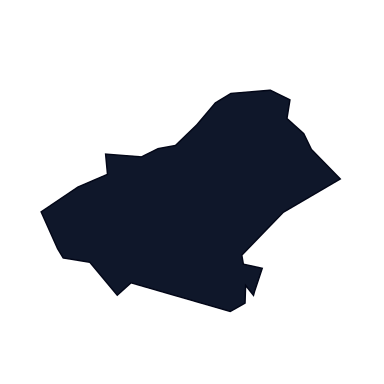 Warren, Virginia, United States of America, rotated 201°
{"feature_id": "52423323B32478204378840", "entity_name": "Warren", "entity_type": "district", "adm_level": 2, "iso_a3": "USA", "parent_name": "United States of America", "parent_adm1": "Virginia", "projection": "mercator", "projection_center": [-78.212, 38.897], "detail": "fine", "context": "isolated", "style": "filled", "palette": "ink", "viewbox_px": 384, "rotation_deg": 201, "n_neighbors": 0, "source": "geoboundaries", "source_scale": "gbopen_adm2", "svg_char_len": 531}
<svg xmlns="http://www.w3.org/2000/svg" viewBox="0 0 384 384"><g transform="rotate(201 192 192)"><path d="M239.2,220.3L251.8,206.6L286.2,196.4L277.2,178.2L300.2,155.8L325.7,119.4L297.1,90.9L288.6,84.3L262.2,89.8L224.8,68.9L216.4,85.4L113.5,94.2L102.7,107.3L108.5,124.0L97.6,117.6L98.0,121.6L99.1,145.9L118.2,143.0L122.9,150.9L99.6,205.7L58.3,257.3L95.8,274.5L108.6,286.5L129.7,294.6L133.6,313.1L155.4,315.1L191.0,297.9L202.1,283.6L211.6,256.3L224.1,229.5L239.2,220.3Z" fill="#0f172a" stroke="#020617" stroke-width="1.5"/></g></svg>